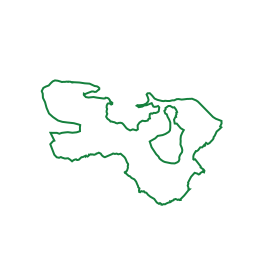 Hihifo, Vava'u, Tonga, rotated 225°
{"feature_id": "48082658B37822051650309", "entity_name": "Hihifo", "entity_type": "district", "adm_level": 2, "iso_a3": "TON", "parent_name": "Tonga", "parent_adm1": "Vava'u", "projection": "mercator", "projection_center": [-174.028, -18.638], "detail": "fine", "context": "isolated", "style": "outline", "palette": "green", "viewbox_px": 256, "rotation_deg": 225, "n_neighbors": 0, "source": "geoboundaries", "source_scale": "gbopen_adm2", "svg_char_len": 4663}
<svg xmlns="http://www.w3.org/2000/svg" viewBox="0 0 256 256"><g transform="rotate(225 128 128)"><path d="M157.7,56.9L155.7,58.2L154.9,60.0L153.7,60.4L151.0,61.8L149.0,64.2L146.6,64.7L144.0,64.9L143.8,66.7L143.1,68.4L142.5,69.2L141.4,69.3L140.9,69.8L140.3,71.0L140.3,73.3L140.2,74.5L139.5,75.3L138.3,78.5L137.9,78.2L137.9,78.5L136.4,79.2L136.3,80.3L136.7,81.4L136.2,81.5L136.0,82.8L135.2,83.2L134.9,83.9L134.4,84.1L133.8,84.7L133.1,85.0L132.2,86.7L132.3,87.6L131.7,88.4L131.2,89.9L129.2,90.6L127.1,90.2L125.1,90.4L123.7,91.0L120.9,98.0L120.5,99.4L118.9,100.4L117.9,101.9L116.3,102.5L115.0,104.6L110.1,104.9L108.3,104.6L106.8,104.0L104.2,102.9L102.7,102.7L101.8,102.0L101.3,100.9L100.0,99.9L99.4,98.8L98.6,97.2L98.4,95.9L98.9,95.3L99.0,94.4L98.3,94.1L97.1,94.5L95.8,94.5L93.7,94.6L92.6,95.2L90.1,95.2L87.2,96.2L84.3,95.8L81.2,94.5L79.9,94.1L78.8,93.3L77.2,93.4L76.2,91.7L74.8,90.7L74.0,91.2L74.0,92.7L72.5,93.6L72.1,94.5L70.6,94.3L69.8,95.0L68.4,95.2L66.9,94.9L63.7,95.2L59.3,96.4L55.0,95.7L52.4,96.3L52.3,97.5L50.3,97.9L50.1,97.5L49.6,97.8L49.0,99.3L47.9,100.2L47.4,102.1L46.6,104.0L45.7,105.4L46.3,106.0L45.6,106.3L45.4,106.8L45.5,107.4L44.7,109.1L45.0,109.8L44.1,111.5L42.0,112.3L41.5,113.4L40.6,113.5L39.8,114.4L40.5,115.1L40.5,119.9L40.7,121.9L41.2,126.5L41.1,128.3L42.1,127.6L43.1,128.6L45.1,129.5L45.9,131.3L46.9,131.8L47.7,134.3L48.9,138.1L49.2,143.4L46.5,144.9L45.3,145.0L44.7,146.0L45.0,147.6L44.5,149.1L44.5,150.5L43.7,150.1L42.9,150.4L43.7,151.8L45.2,152.1L47.3,151.7L48.8,151.4L49.3,152.2L57.1,153.2L58.5,153.3L59.0,152.2L59.7,152.1L61.8,154.2L62.7,155.8L63.7,159.6L63.1,160.0L62.7,161.9L63.2,165.4L61.8,166.9L62.1,169.7L61.1,169.7L61.1,170.1L61.8,170.2L62.3,172.7L60.3,173.0L59.7,175.0L59.8,177.2L59.8,179.2L60.1,181.0L61.0,182.1L61.2,183.9L62.8,188.2L62.5,191.6L62.5,194.5L64.0,194.3L65.0,197.3L66.9,199.1L72.5,196.6L75.7,195.9L94.8,196.1L97.2,196.1L99.3,195.7L103.4,194.0L104.5,192.7L106.7,190.4L108.8,187.7L110.2,186.0L112.6,184.3L113.9,182.9L114.9,180.2L116.3,178.8L117.6,176.6L119.4,174.8L121.1,173.4L121.6,172.4L123.0,171.2L127.1,168.7L130.0,167.6L134.0,168.0L137.2,168.0L138.7,166.3L138.5,164.8L135.8,163.8L133.3,162.4L132.5,160.9L132.4,158.1L133.5,155.2L136.3,151.8L137.5,150.8L137.6,149.9L136.6,150.2L135.1,150.3L133.0,153.3L132.5,155.4L130.9,157.4L129.9,159.9L128.8,162.3L125.3,161.1L124.3,161.6L123.0,163.2L122.3,164.8L120.5,164.7L118.1,161.5L118.2,160.1L119.1,158.1L120.5,156.9L121.0,155.2L122.0,154.7L122.4,153.3L120.6,151.1L119.2,150.3L119.9,148.9L119.3,147.2L120.8,144.9L123.0,143.3L123.7,140.0L123.1,136.7L120.1,134.0L120.5,132.2L123.6,130.5L124.8,127.8L127.8,126.9L129.3,126.8L133.6,127.3L135.4,127.3L136.9,126.5L138.2,125.0L138.8,123.7L140.2,122.9L141.5,122.6L142.8,121.7L144.2,121.0L144.9,120.2L146.6,120.4L149.1,120.0L151.4,120.5L151.9,121.5L152.7,123.4L154.4,124.1L155.3,125.1L156.2,126.7L157.7,127.4L159.0,129.0L159.6,130.9L158.6,132.4L156.5,132.7L156.1,133.7L156.9,134.7L159.8,134.3L160.5,134.8L162.4,135.1L163.3,134.9L164.0,134.6L165.3,133.5L165.2,132.6L166.1,131.6L171.3,127.6L174.3,125.5L177.5,121.6L179.6,120.1L180.0,120.1L180.5,120.1L182.1,120.1L182.7,120.2L183.5,121.1L182.4,121.5L181.5,123.7L179.4,128.3L178.5,129.2L177.0,130.0L176.1,131.2L176.0,133.1L175.7,135.0L176.5,135.9L178.0,135.9L179.4,135.5L181.3,134.1L186.5,132.2L190.2,129.0L194.4,125.9L198.3,122.4L199.0,121.6L199.3,121.6L199.5,121.4L199.6,121.1L199.8,121.0L199.8,120.7L200.2,120.7L200.3,120.5L200.9,120.2L201.4,120.0L203.0,118.6L203.0,118.2L203.9,117.7L204.5,117.0L205.2,116.0L206.7,114.5L207.2,113.8L208.6,113.1L211.0,111.8L213.3,110.0L214.2,107.7L214.3,105.0L214.1,102.0L215.4,99.2L216.2,96.5L215.1,93.1L212.6,92.0L209.5,89.2L204.9,87.6L199.9,84.7L194.1,82.4L188.8,82.7L182.8,83.8L178.8,85.9L174.8,89.0L169.7,93.1L165.7,95.4L163.9,96.3L162.3,94.3L159.7,91.8L160.5,90.1L161.3,88.6L164.0,85.3L167.6,82.5L169.4,80.3L171.4,77.7L172.5,75.4L174.8,74.3L177.0,72.1L179.4,69.8L171.1,67.0L171.7,65.7L171.5,61.6L161.2,57.0L157.7,56.9ZM74.0,150.8L72.7,149.1L72.1,145.7L71.1,143.6L69.4,142.1L68.6,140.2L68.9,138.5L69.9,136.0L71.0,135.0L72.5,133.6L74.3,132.4L77.8,130.1L79.4,129.4L81.8,128.9L84.2,128.7L86.2,129.4L89.5,129.4L93.4,130.2L97.8,131.1L103.1,133.8L101.4,140.0L101.4,143.4L98.5,147.5L97.3,150.3L96.4,154.0L96.6,155.9L98.3,158.1L102.0,161.8L105.0,163.1L107.9,163.9L110.2,165.1L111.9,164.6L114.4,165.8L114.5,167.7L115.6,168.6L115.0,172.1L113.8,173.4L110.7,174.2L109.9,175.4L107.2,175.0L104.5,174.0L104.6,172.8L103.5,172.2L103.0,170.6L101.8,169.9L102.2,169.0L101.3,166.4L98.1,164.2L96.6,165.6L93.2,165.3L90.6,165.1L87.1,166.0L86.3,163.1L85.0,159.8L82.9,157.2L81.6,156.1L79.1,153.3L75.9,152.0L74.0,150.8Z" fill="none" stroke="#15803d" stroke-width="2"/></g></svg>